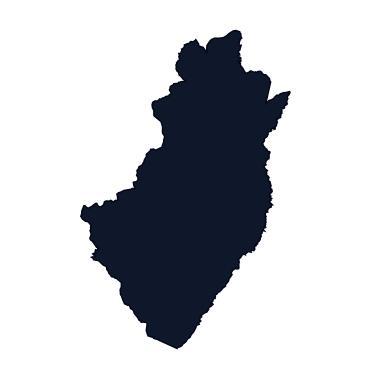 Serranópolis, Goiás, Brazil (orthographic projection), rotated 260°
{"feature_id": "56859067B10105372355636", "entity_name": "Serranópolis", "entity_type": "district", "adm_level": 2, "iso_a3": "BRA", "parent_name": "Brazil", "parent_adm1": "Goiás", "projection": "orthographic", "projection_center": [-52.171, -18.223], "detail": "fine", "context": "isolated", "style": "filled", "palette": "ink", "viewbox_px": 384, "rotation_deg": 260, "n_neighbors": 0, "source": "geoboundaries", "source_scale": "gbopen_adm2", "svg_char_len": 6034}
<svg xmlns="http://www.w3.org/2000/svg" viewBox="0 0 384 384"><g transform="rotate(260 192 192)"><path d="M273.9,305.6L273.6,301.3L274.0,299.1L273.4,297.5L273.5,296.6L273.1,295.4L271.9,293.9L272.7,292.4L270.8,289.5L270.0,289.0L269.0,286.2L268.7,283.5L267.0,281.5L266.3,280.0L286.8,288.6L287.8,288.0L290.3,287.9L294.7,284.9L294.7,284.0L295.9,282.1L298.1,281.2L299.1,280.1L299.2,277.6L298.5,276.3L299.3,275.3L299.0,274.1L301.1,270.8L300.1,268.9L299.4,266.0L301.4,264.7L304.8,263.6L308.6,261.6L310.1,262.0L310.8,260.5L312.4,260.6L311.3,261.6L312.5,263.0L313.9,262.5L314.6,263.3L316.0,263.2L316.4,261.9L318.6,261.5L318.8,262.9L321.9,262.1L323.1,262.3L323.3,263.6L328.0,265.9L328.1,264.6L329.3,263.8L332.7,265.3L334.1,266.3L335.1,267.7L335.9,267.2L339.5,267.5L340.5,266.8L341.5,266.8L343.4,263.3L343.5,260.7L341.7,256.1L339.9,253.4L338.5,249.5L338.8,244.6L339.6,241.2L338.8,237.8L337.5,235.8L333.7,232.2L326.9,230.5L332.4,228.2L334.6,224.1L336.6,224.2L341.4,222.2L340.6,221.3L339.9,219.5L339.7,218.1L340.3,217.5L340.3,216.5L338.7,214.9L338.9,213.5L338.1,210.0L336.6,209.9L334.7,207.9L334.5,206.6L333.8,206.9L330.4,204.9L330.7,203.1L328.6,203.4L327.9,202.6L324.1,202.9L323.8,201.2L322.5,200.1L322.1,199.3L320.8,199.2L320.1,198.4L319.0,198.2L318.1,198.3L315.9,197.7L313.8,198.2L312.2,199.5L309.1,199.8L308.3,200.9L304.5,203.0L303.1,204.7L302.2,204.6L302.5,199.6L301.9,198.7L302.2,197.9L301.3,197.9L301.8,192.8L300.8,192.3L300.1,189.8L299.3,188.8L297.4,188.2L296.6,187.5L292.7,188.7L292.1,187.9L291.7,186.5L290.7,186.0L290.5,182.3L289.7,181.3L289.7,179.5L288.7,177.4L289.3,176.3L287.7,174.3L287.7,172.2L288.2,171.5L287.7,170.9L287.6,169.6L286.7,168.7L284.7,167.8L281.8,167.7L278.7,168.6L274.3,167.8L273.3,168.1L266.8,173.7L261.5,174.4L256.0,173.3L254.3,173.5L251.9,174.7L250.3,174.3L248.0,173.1L246.6,173.0L241.3,170.0L239.5,163.5L241.1,161.3L240.9,160.3L241.2,158.9L239.7,157.9L237.3,153.9L236.5,153.4L234.4,153.3L234.0,152.4L231.7,150.6L230.1,149.9L227.1,147.4L226.1,144.2L223.8,143.0L223.1,141.8L222.0,141.4L221.3,141.8L220.2,141.5L217.8,140.3L216.3,141.2L213.8,141.2L211.7,139.1L211.9,136.7L211.7,135.9L207.7,135.9L205.9,137.0L205.3,136.1L205.9,133.7L205.3,132.9L205.3,125.2L204.2,121.5L204.0,119.4L202.9,117.6L200.2,117.9L196.9,117.3L196.6,116.0L197.1,115.1L196.0,113.1L196.2,112.3L197.9,110.6L197.3,108.8L198.0,106.6L197.9,104.9L197.4,104.0L194.9,102.9L193.2,99.9L193.4,98.4L194.0,97.7L195.7,96.5L197.3,96.3L197.5,95.4L197.0,94.6L197.0,93.8L195.3,91.1L194.1,87.3L194.8,85.7L197.0,84.3L197.3,83.2L192.2,80.1L190.2,79.8L187.4,78.3L184.5,79.4L183.7,80.1L181.7,82.0L180.9,84.2L180.0,85.1L178.3,85.7L177.9,86.7L176.9,86.9L176.1,86.3L172.5,85.7L171.7,84.9L168.0,85.4L163.9,83.3L162.1,84.0L161.7,84.8L159.3,86.1L154.2,88.4L154.2,89.9L152.7,89.3L151.8,90.0L151.3,88.6L151.8,87.0L150.1,86.3L148.4,86.7L148.9,85.6L148.3,83.5L147.4,84.0L147.2,85.2L146.3,84.7L145.3,85.4L145.0,83.7L145.4,82.6L145.2,81.7L143.7,83.3L142.5,83.3L140.5,88.2L135.3,92.0L133.9,94.2L133.2,94.8L130.4,94.7L128.7,95.7L126.2,96.1L125.2,97.0L122.7,98.0L122.2,98.7L122.1,99.8L120.7,101.1L119.7,103.0L115.1,106.7L110.6,105.9L108.4,104.3L103.5,103.8L101.6,104.6L99.6,104.8L99.0,105.3L98.1,105.1L93.6,106.2L91.7,108.9L91.4,110.2L90.5,110.9L88.0,111.2L86.5,113.1L84.6,113.9L82.7,114.0L77.4,116.9L75.1,117.5L74.4,118.3L72.5,119.5L72.5,121.3L71.9,122.6L71.8,123.7L70.6,125.1L63.5,122.9L58.0,123.7L55.5,128.5L54.5,128.9L53.0,132.0L40.5,150.1L41.5,150.8L41.6,153.0L42.3,155.1L43.6,156.6L44.7,157.1L44.5,158.0L45.5,159.8L48.5,162.7L48.9,164.3L49.5,165.0L51.6,166.4L53.8,169.1L56.2,171.0L59.1,173.0L59.9,173.1L60.5,176.2L61.6,175.9L62.6,176.3L62.7,177.3L63.5,178.2L64.1,177.3L66.3,177.9L67.3,179.7L69.1,180.1L70.7,183.2L71.3,185.9L73.8,188.1L74.6,187.9L75.4,188.8L76.0,189.6L75.9,190.5L77.7,193.2L78.6,192.8L79.1,191.6L80.1,192.1L80.6,193.4L81.9,193.9L83.7,195.6L83.3,196.3L85.2,196.9L85.9,196.2L86.8,196.9L86.9,198.4L89.0,200.6L88.9,201.7L90.7,204.3L91.8,205.2L93.5,208.7L94.7,208.7L97.8,212.4L100.1,213.4L103.0,216.5L103.8,217.1L105.4,216.3L108.0,218.7L109.3,221.9L108.6,222.4L108.4,224.5L109.2,225.0L113.0,225.5L114.9,226.4L117.2,226.0L118.7,227.7L118.9,228.6L120.0,228.9L120.3,229.8L121.1,229.9L121.5,231.3L122.1,232.0L121.0,233.5L121.9,233.4L122.0,234.4L123.6,236.9L122.5,239.8L123.3,239.6L124.5,241.0L123.5,242.6L124.2,243.5L124.9,243.9L127.1,244.0L127.8,244.6L128.0,245.7L128.7,245.2L129.4,247.1L129.8,246.2L132.3,250.0L134.0,251.1L134.9,250.4L134.8,251.2L136.3,252.4L138.0,252.4L138.8,252.7L139.3,253.8L141.1,254.3L141.7,255.1L141.1,256.4L142.0,255.8L143.0,255.9L144.0,256.5L144.2,257.8L144.7,257.1L145.6,258.4L146.3,257.8L147.3,258.8L147.9,258.4L149.1,259.6L151.6,259.6L152.5,260.1L153.5,259.8L154.9,260.6L155.4,259.6L156.0,260.4L157.6,260.2L159.2,261.3L159.2,262.9L160.1,262.3L160.4,263.2L161.2,263.1L162.3,264.3L163.4,266.1L163.2,267.1L165.2,267.9L165.3,269.0L169.0,266.4L170.2,268.4L171.4,268.3L171.7,269.3L173.2,268.2L174.2,268.9L174.5,267.7L175.8,268.4L177.7,268.4L177.3,269.6L178.5,271.0L180.5,271.0L180.4,270.2L181.6,270.4L183.4,269.7L184.2,270.1L184.2,270.9L186.5,270.7L187.0,269.8L187.9,270.6L188.7,270.6L189.5,269.2L190.6,269.6L191.6,269.4L193.0,270.4L195.0,269.2L196.0,268.1L197.2,268.9L198.7,268.5L200.0,270.0L201.8,268.3L204.3,267.3L205.2,267.7L205.9,269.6L206.5,269.1L207.3,269.2L209.7,270.4L211.4,272.5L211.4,273.5L213.9,274.2L215.1,274.1L217.3,275.6L218.2,275.5L219.0,273.5L221.0,273.1L222.8,271.4L223.7,271.3L224.5,270.5L227.5,269.9L229.9,272.2L231.9,272.4L233.8,275.8L235.0,276.3L235.5,277.0L237.4,277.0L238.0,278.2L238.1,280.3L239.2,281.3L240.1,280.9L240.8,282.3L240.5,283.8L239.4,283.7L239.6,284.8L241.6,285.2L242.7,286.6L244.7,287.3L245.6,288.1L248.8,287.6L248.5,288.4L249.5,288.7L249.2,289.4L250.1,289.8L249.7,290.7L250.0,292.2L251.0,292.1L251.6,292.7L252.8,292.7L254.1,294.3L254.9,293.8L256.2,294.7L257.7,294.4L258.7,295.4L258.3,296.6L258.8,297.6L259.6,297.9L260.6,297.4L261.7,300.7L262.9,301.2L263.8,300.7L266.3,301.7L267.2,302.6L268.4,302.2L269.8,302.7L270.8,304.2L272.8,305.7L273.9,305.6Z" fill="#0f172a" stroke="#020617" stroke-width="1.5"/></g></svg>